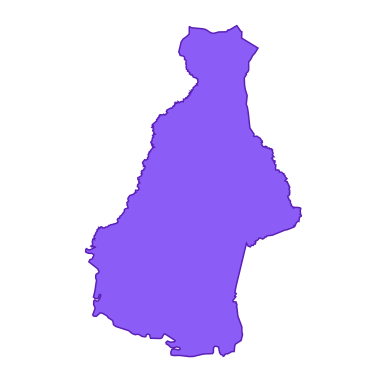 Phra Yuen, Khon Kaen, Thailand (Natural Earth projection), rotated 88°
{"feature_id": "78962969B90027256555500", "entity_name": "Phra Yuen", "entity_type": "district", "adm_level": 2, "iso_a3": "THA", "parent_name": "Thailand", "parent_adm1": "Khon Kaen", "projection": "natural_earth1", "projection_center": [102.644, 16.31], "detail": "fine", "context": "isolated", "style": "filled", "palette": "violet", "viewbox_px": 384, "rotation_deg": 88, "n_neighbors": 0, "source": "geoboundaries", "source_scale": "gbopen_adm2", "svg_char_len": 6032}
<svg xmlns="http://www.w3.org/2000/svg" viewBox="0 0 384 384"><g transform="rotate(88 192 192)"><path d="M27.3,141.4L31.4,149.0L31.2,150.3L33.1,152.0L33.0,159.7L34.2,164.7L33.6,167.6L30.4,172.1L29.9,173.3L29.2,175.9L27.9,186.5L26.7,188.7L27.1,189.0L33.8,189.2L35.8,191.1L39.0,195.7L41.7,197.6L51.5,200.3L55.1,199.0L55.9,195.9L56.8,194.8L59.4,194.8L59.9,193.6L60.5,193.2L63.6,193.7L65.1,193.2L66.7,193.5L69.2,193.2L70.0,191.7L71.1,192.2L72.5,190.0L73.9,190.4L74.3,189.4L75.1,188.8L74.7,188.1L75.0,187.5L77.1,186.8L77.8,185.3L77.7,184.1L78.4,183.8L78.9,182.8L79.1,183.0L79.5,182.5L82.3,182.2L83.4,182.6L84.1,183.7L85.3,182.9L85.4,184.2L87.8,187.2L89.4,187.3L89.9,188.6L90.4,188.2L91.2,188.8L91.2,189.9L91.9,189.1L93.1,189.9L92.6,190.7L92.8,191.2L93.8,191.4L94.6,190.8L94.6,191.3L95.8,191.8L95.7,192.3L96.5,192.6L96.5,193.2L97.6,193.3L97.6,194.8L98.4,194.8L99.0,196.4L98.9,197.2L101.5,197.6L101.2,199.7L102.4,201.6L101.8,201.8L101.2,202.8L101.8,202.7L102.7,204.2L101.8,204.8L101.9,205.5L102.7,205.2L102.8,206.0L103.4,205.7L104.7,206.7L105.4,206.6L105.4,207.7L107.2,208.8L107.5,209.3L107.3,210.0L109.0,213.9L110.4,214.8L111.9,213.7L112.5,215.0L113.2,215.2L114.1,216.4L113.3,217.6L114.0,218.8L113.6,221.2L114.8,222.2L115.3,221.7L115.7,221.9L115.7,222.4L116.5,222.7L116.6,223.4L118.0,223.8L118.2,224.8L119.7,224.8L123.2,229.2L123.8,228.8L124.3,229.3L124.5,228.5L125.2,228.2L125.8,228.6L125.7,229.3L126.1,229.8L126.6,228.6L127.2,228.4L128.5,228.3L128.9,229.1L129.4,229.1L131.0,227.9L132.1,228.2L132.1,227.6L132.9,226.8L134.0,229.4L135.7,228.5L136.1,229.5L140.1,230.5L140.6,231.4L143.0,230.6L142.7,229.8L143.3,229.3L143.9,230.4L145.2,229.9L145.0,229.2L145.9,228.0L146.4,229.4L148.4,231.4L149.6,232.0L150.1,233.1L150.9,232.9L151.5,233.8L152.3,233.6L153.0,234.5L154.9,234.2L156.3,235.3L157.5,235.1L158.5,237.2L158.1,238.2L160.8,240.4L163.6,239.6L163.9,238.9L164.7,239.4L164.6,238.1L165.6,238.0L166.4,238.3L166.8,239.0L168.6,239.6L168.7,241.1L169.9,241.9L170.6,241.4L171.7,242.1L172.3,241.3L173.2,241.9L174.0,241.9L176.0,245.7L177.8,245.5L177.8,244.4L180.2,245.0L181.1,243.8L182.7,246.0L184.8,246.4L185.6,245.1L187.5,245.0L188.6,246.6L188.2,248.2L189.9,248.6L190.4,248.1L191.2,249.7L192.2,250.4L193.3,254.2L195.6,256.0L196.7,256.3L199.0,255.8L200.4,257.5L201.7,256.9L202.6,257.5L203.4,256.9L205.7,256.4L206.5,259.2L207.2,260.2L208.9,260.2L212.8,263.2L213.7,264.8L215.7,265.3L215.6,266.3L216.2,267.2L217.2,267.6L219.0,267.0L220.2,267.6L220.4,268.8L220.9,269.2L221.3,271.8L221.8,272.4L221.8,274.3L222.4,274.9L222.5,276.2L224.0,277.9L224.0,279.6L224.9,280.8L224.6,282.7L223.9,283.1L223.6,283.9L223.8,284.6L224.8,285.1L224.2,286.5L225.7,286.5L225.7,287.2L226.4,288.2L227.8,288.0L228.2,288.7L230.1,289.8L231.8,290.1L232.0,291.1L234.3,291.5L234.9,290.8L235.3,291.9L236.1,291.3L235.9,292.8L238.2,293.4L241.6,293.1L242.6,295.0L243.3,294.3L243.2,291.1L243.8,290.6L246.1,295.5L246.2,297.4L244.9,299.5L245.9,300.2L248.2,300.4L249.6,297.8L249.9,294.1L251.1,292.5L252.1,292.3L253.7,293.4L255.2,293.8L256.1,296.4L258.2,297.5L265.5,288.9L268.2,287.7L269.5,288.2L270.7,290.4L271.5,291.0L274.4,291.3L276.8,290.5L288.1,292.6L293.5,294.2L294.8,292.8L295.4,290.5L294.5,289.2L291.4,288.3L291.2,287.0L292.3,286.8L295.5,288.1L297.7,289.8L297.8,291.0L296.5,292.9L297.6,294.0L301.2,294.2L303.8,293.1L305.2,293.0L311.1,295.4L312.1,295.2L312.7,294.2L312.9,292.0L309.6,288.0L310.0,285.8L312.7,281.5L314.9,279.9L317.1,276.5L318.6,275.5L321.8,275.1L322.6,274.4L323.9,272.4L328.3,260.2L331.2,256.9L332.6,253.9L332.3,251.4L332.6,249.8L334.5,247.1L335.1,244.6L334.9,243.1L333.0,242.6L332.4,240.9L333.3,239.4L336.7,238.5L337.3,229.1L336.7,227.1L333.3,225.2L332.9,224.5L333.2,223.5L339.4,214.6L340.2,213.9L341.0,214.7L341.4,218.5L340.1,221.7L341.5,223.3L343.0,222.9L344.3,220.8L346.4,218.7L347.1,216.3L346.2,212.6L347.1,210.1L347.9,209.3L348.8,209.4L349.4,210.9L348.2,215.3L348.6,217.6L351.1,218.7L353.1,218.8L354.2,218.3L354.8,216.0L354.9,209.8L356.4,200.3L356.4,196.5L354.3,186.2L354.2,177.1L353.0,176.2L348.4,175.9L347.3,175.0L346.9,173.6L347.9,170.9L353.6,170.0L355.3,168.9L356.3,166.9L357.3,166.5L357.0,165.7L355.6,164.7L354.8,163.5L355.0,162.0L352.9,157.8L352.9,155.4L347.5,154.7L345.5,153.9L342.1,148.1L336.4,146.5L333.1,147.0L328.5,146.9L317.7,150.5L308.7,151.2L308.4,151.7L306.5,151.0L304.9,151.4L304.8,151.9L303.5,151.8L303.0,154.8L301.8,154.9L298.2,151.9L297.5,153.0L295.1,151.3L294.1,152.7L287.9,151.3L245.2,139.4L247.9,137.9L248.9,135.7L247.1,134.0L247.5,132.6L245.8,131.3L246.1,130.5L244.1,130.0L243.8,130.5L243.5,129.8L242.8,129.7L242.5,128.4L241.5,127.1L240.4,126.8L240.6,124.6L241.4,123.4L241.4,122.8L240.3,121.0L239.6,120.8L239.4,119.2L238.5,118.7L237.9,113.0L233.1,99.9L233.2,98.8L230.5,91.1L229.9,90.5L229.2,91.0L229.2,90.2L226.1,88.6L225.1,87.4L225.2,86.2L221.0,85.5L220.0,83.7L219.2,83.6L218.3,84.7L218.0,84.2L214.9,84.5L212.2,83.9L211.7,84.4L211.1,86.7L211.0,89.5L211.4,90.9L210.7,90.7L210.5,91.8L209.0,93.3L208.2,93.1L206.1,94.2L204.8,93.9L203.7,94.3L203.2,95.4L201.4,95.6L201.0,96.3L199.4,96.4L199.0,95.3L197.5,94.4L196.5,94.9L196.1,94.3L193.4,94.4L192.7,95.0L190.6,94.1L189.7,95.1L188.7,94.8L187.5,95.7L186.7,95.7L186.0,96.5L185.1,96.4L184.1,98.7L183.5,98.4L182.0,96.6L180.2,98.3L178.6,98.6L177.9,99.8L176.9,99.6L176.5,100.8L175.4,101.7L175.1,104.0L173.6,104.2L173.0,104.8L173.0,107.5L170.7,107.7L167.9,107.2L167.3,108.2L165.7,108.9L165.2,108.8L165.1,108.0L163.7,108.1L163.7,109.8L161.4,110.3L161.3,111.1L159.7,110.0L159.6,109.0L157.6,110.5L156.2,109.6L153.7,110.3L152.8,110.1L152.8,110.7L151.7,110.9L151.4,112.4L151.6,113.0L150.7,113.3L150.7,115.4L149.2,115.7L149.0,116.9L149.9,117.3L149.1,118.3L149.4,118.9L149.2,119.5L146.5,120.9L145.5,120.4L144.9,120.8L144.7,119.9L143.3,120.1L142.9,120.8L140.7,122.0L138.5,125.1L138.6,128.1L138.3,128.5L136.3,128.0L130.0,131.9L114.8,133.0L109.2,133.7L106.3,134.7L97.5,133.5L91.7,135.1L87.4,135.7L79.9,135.8L76.5,133.5L75.5,134.0L74.1,132.2L72.2,131.1L64.0,130.8L61.7,128.8L57.9,126.7L55.3,124.2L50.5,121.0L39.9,137.0L33.6,136.6L33.3,137.5L27.3,141.4Z" fill="#8b5cf6" stroke="#5b21b6" stroke-width="1.5"/></g></svg>